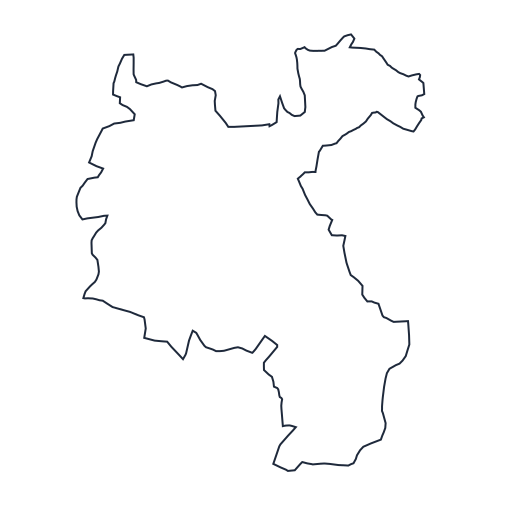 the district of Al-Mosul, Ninawa, Iraq, rotated 357°
{"feature_id": "34846034B66599568712680", "entity_name": "Al-Mosul", "entity_type": "district", "adm_level": 2, "iso_a3": "IRQ", "parent_name": "Iraq", "parent_adm1": "Ninawa", "projection": "natural_earth1", "projection_center": [43.075, 36.099], "detail": "fine", "context": "isolated", "style": "outline", "palette": "slate", "viewbox_px": 512, "rotation_deg": 357, "n_neighbors": 0, "source": "geoboundaries", "source_scale": "gbopen_adm2", "svg_char_len": 5558}
<svg xmlns="http://www.w3.org/2000/svg" viewBox="0 0 512 512"><g transform="rotate(357 256 256)"><path d="M430.9,126.3L429.8,124.5L428.2,120.5L426.5,118.9L422.9,116.3L423.1,112.9L423.6,110.5L424.6,107.4L425.6,105.1L426.4,104.7L430.1,104.2L432.5,103.1L432.2,92.0L431.3,91.1L428.0,88.2L429.0,85.9L429.4,83.9L428.4,82.7L425.5,83.0L421.2,83.8L417.7,84.7L415.5,83.8L412.7,82.2L409.5,80.9L407.7,79.8L405.5,77.8L402.5,75.8L401.3,74.9L399.8,73.2L397.5,71.9L396.4,69.9L393.3,64.8L392.4,63.2L390.2,61.5L389.1,60.1L386.8,58.3L384.9,56.1L380.4,55.4L376.4,54.5L371.1,53.7L362.9,52.9L360.6,52.5L362.2,49.7L364.0,47.3L365.6,44.1L365.1,43.3L362.5,39.7L359.1,40.3L355.6,41.3L354.3,42.4L351.5,45.2L348.4,48.5L346.7,50.2L342.7,51.3L336.8,53.9L335.2,54.6L324.3,54.2L320.5,53.7L318.5,52.8L316.3,51.1L315.4,50.0L314.2,50.5L311.1,51.6L308.4,51.4L307.1,52.5L306.3,54.0L305.8,54.8L305.7,55.8L306.1,56.9L306.8,59.7L307.1,61.8L307.3,65.3L307.3,67.9L307.2,71.1L307.8,75.8L308.4,78.9L309.0,81.5L309.1,83.5L309.1,86.8L309.3,89.1L310.2,91.2L311.9,94.6L313.1,98.1L313.1,101.2L313.1,107.6L313.1,109.9L312.5,113.2L312.3,114.7L307.6,118.1L301.8,118.3L299.1,116.9L296.9,114.9L294.9,113.8L293.1,111.7L291.8,110.0L290.1,104.4L288.3,97.8L286.5,100.9L286.4,104.7L284.8,113.2L284.1,119.0L283.6,123.4L278.8,126.0L276.3,127.1L276.2,125.1L268.8,125.9L252.4,125.9L241.4,125.9L235.1,125.6L232.7,121.5L227.4,114.2L223.1,108.8L222.9,102.5L222.9,99.0L224.2,93.3L223.7,89.2L221.3,87.1L216.7,84.9L210.2,81.1L206.5,82.2L201.4,82.2L196.0,82.7L190.9,83.8L189.2,82.7L186.3,81.1L180.0,78.1L177.2,76.2L175.4,76.2L172.8,77.0L168.4,78.1L165.3,78.4L160.5,79.2L155.9,80.8L150.0,78.4L145.5,76.2L145.5,73.8L144.6,71.6L143.7,69.4L143.3,68.1L143.5,63.2L143.9,57.0L144.2,51.5L144.0,48.3L135.0,48.3L132.5,52.0L130.1,56.8L128.6,59.4L128.3,60.3L127.1,64.5L125.7,68.0L124.7,70.8L123.6,74.4L122.8,76.0L121.9,84.1L121.7,87.3L125.5,89.1L128.6,90.4L128.0,96.3L130.7,98.3L134.9,100.3L137.8,102.7L142.3,108.1L141.0,114.0L132.5,114.9L127.4,115.9L121.3,116.3L116.4,118.6L109.6,120.7L108.4,122.8L103.5,131.0L101.8,134.4L98.4,142.8L97.1,147.8L94.2,153.9L101.3,157.9L107.9,160.7L105.7,164.4L103.5,167.0L102.1,169.1L98.7,169.3L96.0,169.7L91.8,170.3L88.9,173.7L86.5,176.8L84.3,178.7L83.3,180.8L81.9,183.8L80.2,187.5L79.7,190.1L79.5,193.0L79.5,197.4L80.2,201.8L81.7,206.2L84.6,210.4L89.5,209.6L100.5,208.8L106.3,207.9L109.7,207.9L108.2,211.5L107.3,215.3L106.1,216.7L103.1,219.7L99.7,222.2L97.6,224.3L95.3,227.7L93.9,229.6L92.7,231.7L92.4,234.2L92.2,244.7L92.9,246.2L95.6,249.1L97.4,251.6L98.1,258.6L98.3,263.4L97.7,266.1L95.4,271.2L93.7,273.5L90.8,275.8L88.6,277.7L87.2,279.1L85.3,281.0L84.0,282.3L82.8,285.0L81.4,289.0L82.9,289.4L86.0,289.4L90.8,289.9L94.3,290.9L97.4,292.0L100.6,292.6L104.8,295.7L110.1,299.5L121.4,303.3L127.2,305.2L135.3,309.0L140.9,311.3L141.4,313.6L142.1,322.6L140.1,331.9L150.4,335.2L158.0,336.3L162.8,336.9L166.7,342.2L174.2,351.0L177.7,355.2L180.4,351.0L181.1,349.5L183.5,341.1L184.7,336.9L187.0,331.5L188.9,327.3L192.3,329.6L193.3,331.5L195.9,336.9L199.8,343.0L201.3,344.5L205.7,346.2L208.1,347.2L211.1,348.9L212.2,349.0L215.4,349.1L218.4,349.0L219.4,348.9L228.7,346.8L229.6,346.6L233.2,346.2L235.0,346.8L237.4,347.6L241.5,350.0L242.9,350.6L247.2,352.5L247.3,352.5L249.2,350.6L250.8,348.9L255.1,343.4L258.3,339.3L260.7,336.3L264.6,339.3L267.8,341.8L272.5,346.0L272.4,347.9L263.7,357.3L260.5,360.5L258.3,363.0L258.1,366.4L258.0,370.3L262.5,375.0L265.6,377.5L266.8,382.5L267.1,387.4L270.3,389.0L271.2,390.3L271.7,393.0L272.0,396.4L272.4,398.1L273.9,399.1L274.6,400.4L273.9,403.5L273.4,406.9L273.4,410.1L273.6,416.4L273.9,426.9L273.9,427.3L275.1,427.1L277.0,426.9L280.1,426.9L280.3,426.9L281.3,427.1L282.7,427.5L286.8,429.0L283.8,432.1L278.5,437.2L274.4,441.4L270.5,445.4L269.3,447.3L262.4,464.5L269.5,468.4L274.8,471.0L276.6,472.3L283.5,472.0L289.3,466.1L291.4,464.2L296.4,465.8L300.9,466.8L301.7,467.1L309.8,466.8L313.5,466.8L318.8,467.5L327.5,469.1L333.8,469.7L337.2,470.1L340.1,468.8L342.5,468.1L345.1,463.9L346.4,460.3L349.8,455.4L353.2,452.1L356.7,450.8L360.9,449.2L368.0,446.9L371.1,445.9L372.7,442.0L374.3,438.8L376.1,434.5L376.7,429.7L374.5,419.6L373.7,417.3L373.9,414.8L374.0,412.7L374.8,406.5L375.3,403.3L377.1,393.2L379.0,385.0L380.6,379.8L383.4,375.6L390.0,372.3L393.7,371.0L396.9,368.1L400.3,363.8L402.4,358.0L404.5,352.4L404.7,343.0L404.5,331.7L404.4,329.0L390.0,329.0L387.6,327.7L382.9,324.7L380.5,323.8L379.2,322.1L375.8,310.1L371.7,308.7L369.2,307.4L364.8,307.2L362.0,303.4L360.1,300.1L360.8,291.4L356.7,286.1L352.4,282.2L349.6,280.0L348.5,276.5L346.4,268.9L346.0,267.3L344.5,257.4L343.7,250.4L345.2,244.9L346.3,240.7L343.0,239.8L337.9,239.8L332.8,239.2L329.9,233.5L331.2,229.9L334.0,224.0L333.0,223.4L329.3,219.5L327.6,219.0L323.6,218.5L319.4,217.9L317.5,215.5L315.4,211.7L312.4,206.9L310.3,202.1L308.2,197.6L306.0,191.2L304.5,188.5L302.6,183.1L301.8,181.0L303.1,180.0L304.7,178.9L304.9,178.6L307.4,176.6L309.1,175.0L313.0,175.2L316.3,175.0L319.8,175.2L320.0,173.8L321.0,169.9L322.6,162.4L324.3,155.2L325.2,154.3L328.5,149.4L329.2,149.4L331.2,149.4L337.1,149.1L340.8,147.9L342.3,147.6L344.2,145.4L346.4,143.3L348.6,140.8L351.3,139.5L352.8,138.7L355.3,137.0L357.6,136.3L359.9,135.2L362.2,134.3L363.7,133.4L365.7,132.8L367.4,131.2L370.2,129.4L372.8,127.4L374.8,124.7L378.0,121.3L379.4,119.2L380.8,119.0L383.1,118.9L384.0,118.3L385.1,118.6L387.9,121.0L391.1,123.8L393.9,126.2L397.4,128.5L399.9,130.6L404.0,133.1L406.8,134.6L409.7,136.6L412.7,137.6L418.1,139.5L419.8,139.9L421.6,137.9L423.6,134.9L425.9,131.7L428.1,128.9L428.6,127.3L430.9,126.3Z" fill="none" stroke="#1e293b" stroke-width="2"/></g></svg>